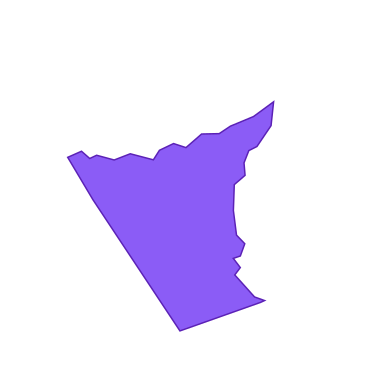 outline of Greene, Virginia, United States of America, rotated 35°
{"feature_id": "52423323B83687040652424", "entity_name": "Greene", "entity_type": "district", "adm_level": 2, "iso_a3": "USA", "parent_name": "United States of America", "parent_adm1": "Virginia", "projection": "orthographic", "projection_center": [-78.466, 38.33], "detail": "fine", "context": "isolated", "style": "filled", "palette": "violet", "viewbox_px": 384, "rotation_deg": 35, "n_neighbors": 0, "source": "geoboundaries", "source_scale": "gbopen_adm2", "svg_char_len": 571}
<svg xmlns="http://www.w3.org/2000/svg" viewBox="0 0 384 384"><g transform="rotate(35 192 192)"><path d="M185.7,116.0L180.8,128.6L166.6,139.0L161.6,159.1L149.1,162.9L141.4,176.5L141.9,187.8L119.5,196.1L109.9,210.4L92.8,216.6L89.0,223.2L78.1,222.0L70.3,234.9L115.4,255.2L261.8,312.7L311.6,242.9L313.7,239.3L303.4,242.1L274.6,235.4L274.9,226.2L263.9,222.7L268.3,216.7L264.9,204.1L253.2,201.8L236.5,183.4L222.4,161.7L225.9,147.9L217.9,138.3L214.8,125.5L219.1,117.5L218.7,92.3L207.1,71.3L199.1,94.9L185.7,116.0Z" fill="#8b5cf6" stroke="#5b21b6" stroke-width="1.5"/></g></svg>